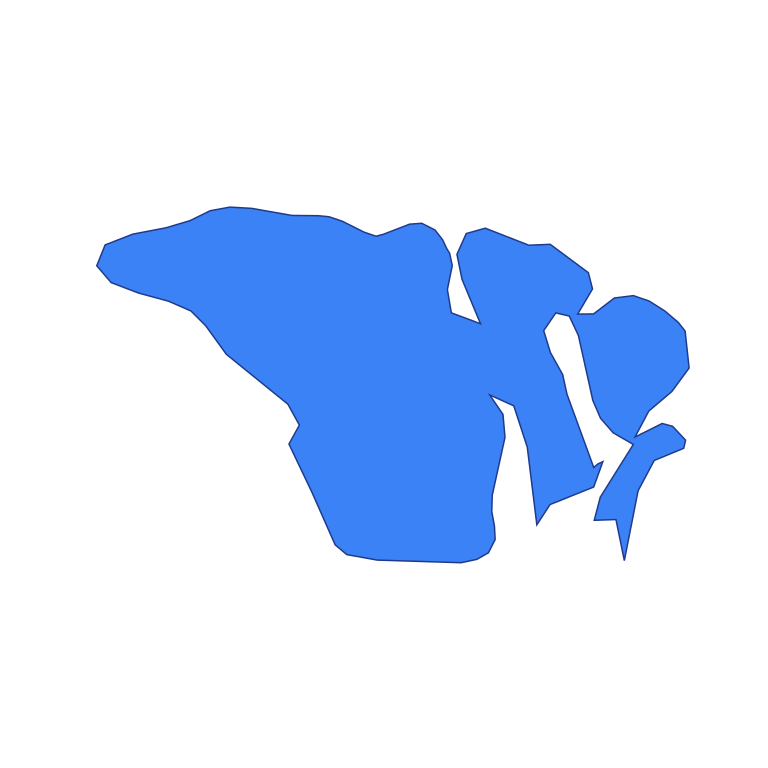 outline of South Andros, rotated 283°
{"feature_id": "BHS-5022", "entity_name": "South Andros", "entity_type": "District", "adm_level": 1, "iso_a3": "BHS", "parent_name": "The Bahamas", "parent_adm1": "", "projection": "mercator", "projection_center": [-77.637, 23.971], "detail": "fine", "context": "isolated", "style": "filled", "palette": "blue", "viewbox_px": 768, "rotation_deg": 283, "n_neighbors": 0, "source": "natural_earth", "source_scale": "10m", "svg_char_len": 1344}
<svg xmlns="http://www.w3.org/2000/svg" viewBox="0 0 768 768"><g transform="rotate(283 384 384)"><path d="M304.1,304.9L324.9,310.8L342.7,294.9L377.4,223.8L400.7,197.1L411.7,179.5L416.2,155.4L417.4,124.4L421.4,95.4L434.6,77.5L456.8,81.0L473.5,105.5L487.1,136.3L499.5,158.2L513.7,175.6L521.7,194.1L525.4,215.7L527.5,256.2L533.2,282.1L534.6,292.8L533.2,306.8L527.5,330.3L526.2,343.0L529.8,349.8L545.5,373.0L549.1,384.6L545.5,399.1L537.6,408.8L529.8,414.9L526.2,418.5L514.7,423.9L490.3,424.5L468.5,433.6L464.4,464.5L503.5,436.5L526.7,425.9L549.1,430.3L558.6,447.6L551.8,493.9L557.5,514.5L538.4,558.1L523.5,565.8L495.7,557.0L499.4,572.4L519.6,589.1L526.2,607.1L524.5,623.5L518.2,641.5L510.2,656.9L503.3,665.5L468.2,677.7L441.5,666.2L417.2,648.1L388.8,640.5L408.1,663.9L407.7,674.7L397.1,690.5L388.8,690.5L370.3,664.5L337.1,655.6L266.0,657.9L304.1,640.5L298.5,619.5L322.4,620.2L381.2,640.5L388.0,618.3L399.3,602.7L414.9,591.2L475.0,562.5L491.9,549.2L491.9,535.4L471.9,527.6L452.2,539.0L433.3,556.0L415.2,564.6L349.9,607.1L354.3,610.5L357.6,614.7L330.8,611.5L303.9,572.9L281.2,564.6L354.7,537.8L391.9,515.4L397.1,489.5L381.1,506.8L359.2,513.9L300.0,514.5L284.0,517.7L270.4,523.6L257.4,527.3L243.0,523.7L234.0,513.9L227.2,499.3L210.9,417.0L209.4,386.1L216.3,372.6L262.2,338.2L304.1,304.9Z" fill="#3b82f6" stroke="#1e3a8a" stroke-width="1.5"/></g></svg>